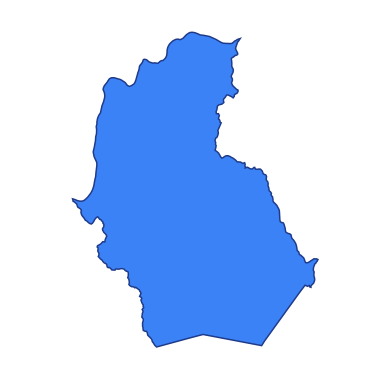 outline of Petrolina, Pernambuco, Brazil, rotated 175°
{"feature_id": "56859067B80055839587511", "entity_name": "Petrolina", "entity_type": "district", "adm_level": 2, "iso_a3": "BRA", "parent_name": "Brazil", "parent_adm1": "Pernambuco", "projection": "natural_earth1", "projection_center": [-40.564, -9.053], "detail": "fine", "context": "isolated", "style": "filled", "palette": "blue", "viewbox_px": 384, "rotation_deg": 175, "n_neighbors": 0, "source": "geoboundaries", "source_scale": "gbopen_adm2", "svg_char_len": 5755}
<svg xmlns="http://www.w3.org/2000/svg" viewBox="0 0 384 384"><g transform="rotate(175 192 192)"><path d="M72.4,113.8L73.8,114.6L74.8,114.5L76.2,114.9L81.4,112.1L82.6,111.6L83.5,111.5L84.5,111.5L85.3,112.4L85.9,114.8L86.5,116.7L88.2,118.5L89.0,119.4L90.4,120.4L91.0,123.2L92.3,124.4L92.4,126.4L92.6,129.0L93.2,131.7L94.8,135.0L95.9,136.3L96.5,137.1L96.9,138.9L97.1,140.7L98.2,141.8L100.0,142.4L101.2,143.2L102.0,144.0L102.3,145.3L102.3,147.3L103.0,151.2L103.6,153.1L104.4,153.6L105.4,153.7L106.7,155.0L106.9,156.7L106.6,165.6L106.9,166.9L107.3,168.2L107.9,169.3L108.5,171.0L109.9,172.9L111.4,174.5L112.1,175.9L112.0,177.8L112.2,180.2L112.9,181.1L113.5,182.3L113.0,183.7L113.6,185.0L115.1,186.7L115.1,189.3L115.8,191.7L115.4,193.6L115.6,195.4L116.4,196.6L117.0,198.0L116.4,200.9L116.9,202.5L119.4,203.8L120.2,206.8L121.8,208.8L123.5,209.1L125.1,208.9L126.8,209.3L127.4,211.1L128.3,211.0L129.6,209.9L130.7,209.7L131.9,210.1L132.9,210.6L133.8,211.4L134.9,211.9L136.9,211.3L136.7,212.4L137.0,213.8L136.6,215.0L137.0,216.6L139.0,216.1L141.0,217.6L143.7,218.0L144.6,218.3L145.5,219.7L147.9,221.9L151.8,224.5L153.0,225.0L155.0,225.1L156.7,224.4L158.1,223.5L159.4,223.2L160.3,224.4L162.1,228.4L163.8,230.3L165.4,231.5L164.6,233.5L163.9,236.2L164.4,237.3L164.1,239.4L164.6,240.9L164.3,242.3L163.5,243.8L162.6,244.1L161.9,245.1L161.2,246.6L160.7,248.2L160.6,249.4L161.0,250.7L158.2,256.0L156.9,258.4L157.9,259.0L158.0,260.6L158.4,261.7L159.2,262.3L159.0,263.7L158.1,265.7L158.8,267.7L160.9,267.9L161.0,270.0L160.3,271.3L159.8,272.7L159.5,274.2L159.1,275.5L157.5,276.5L154.6,276.9L152.5,278.3L152.7,280.6L152.5,281.7L150.5,283.6L149.6,284.9L148.6,285.7L147.3,285.3L145.6,284.3L144.2,283.4L142.8,282.2L141.6,283.5L141.2,285.4L139.6,286.0L138.6,286.4L137.9,287.3L137.2,288.6L137.5,289.8L138.6,290.3L141.5,293.6L142.5,295.1L143.1,297.4L142.1,299.4L141.9,301.1L142.9,303.5L142.3,305.1L140.8,307.5L140.2,309.7L140.4,311.2L141.2,312.9L141.4,314.1L141.2,316.1L141.1,317.2L141.1,319.5L141.3,321.2L140.3,322.4L138.9,322.9L136.9,324.3L135.6,324.4L134.6,325.1L134.4,326.4L135.9,330.1L136.0,331.3L135.7,332.4L134.4,335.3L133.6,337.3L132.8,337.9L130.6,340.7L133.5,340.0L135.0,339.1L136.5,338.6L137.5,337.7L139.1,336.7L140.6,336.5L145.4,337.1L147.9,337.5L149.4,338.2L150.4,338.8L152.4,340.2L154.6,341.8L161.0,345.4L166.9,347.1L168.8,347.5L170.0,347.7L171.1,348.3L172.6,349.2L175.4,350.5L177.9,351.1L179.9,351.1L181.6,350.5L184.1,349.0L187.3,346.1L188.6,345.4L190.8,344.8L192.4,345.5L194.6,345.5L195.5,345.2L197.9,344.2L200.9,341.9L201.9,340.8L202.6,339.8L203.3,338.6L203.7,337.7L204.3,336.0L204.8,332.5L205.1,331.2L205.5,329.8L206.5,328.1L207.6,327.0L208.5,326.2L209.4,325.6L211.0,325.5L212.0,325.1L212.8,324.6L214.3,323.5L215.2,323.2L216.9,323.7L218.1,323.9L219.8,323.8L222.7,325.0L223.8,325.6L224.5,326.5L225.7,327.7L226.8,328.1L228.0,328.4L228.9,328.1L229.4,327.1L229.9,325.8L231.6,323.8L232.7,322.8L233.5,321.4L233.9,319.3L234.4,318.0L234.9,316.8L235.4,315.8L237.6,309.9L238.0,308.8L239.1,306.5L239.8,305.4L240.7,304.5L243.4,303.1L244.8,302.7L246.0,303.1L247.1,303.8L249.0,306.8L249.9,307.6L253.3,310.2L259.6,312.6L262.1,312.8L263.2,312.5L264.4,312.0L265.3,310.9L266.1,310.0L266.8,308.9L270.0,305.6L271.2,303.4L271.6,302.2L271.4,300.9L270.7,299.0L270.5,296.5L270.5,295.1L270.9,293.5L272.2,289.7L274.2,285.6L276.3,278.8L277.8,277.0L278.6,275.7L279.3,274.4L279.9,272.9L280.7,269.7L280.7,268.3L281.7,265.6L281.6,262.3L281.9,259.6L282.2,258.0L283.1,255.4L283.7,251.5L285.5,244.9L286.8,241.1L286.9,239.7L286.4,235.7L285.7,233.6L284.5,230.4L284.3,228.7L284.5,226.7L285.9,220.0L286.6,215.9L287.8,212.3L289.1,207.4L289.8,205.4L290.9,202.9L291.8,201.4L293.1,199.5L293.8,198.7L296.5,195.8L299.0,193.8L300.4,193.0L301.8,192.5L304.2,192.6L306.7,193.3L308.3,194.2L310.0,195.0L311.6,195.6L311.2,193.0L310.0,192.4L308.9,191.1L307.9,190.2L307.5,188.2L307.1,186.9L304.5,184.8L303.8,183.4L304.3,182.1L304.4,180.9L303.9,178.8L303.2,177.4L302.0,175.7L300.6,173.0L299.6,172.6L297.7,170.4L296.4,169.4L295.1,168.9L293.9,169.5L293.2,170.4L292.1,171.7L291.5,172.8L290.2,174.3L288.9,175.2L288.0,175.5L286.3,172.8L285.1,172.4L284.7,171.3L283.4,170.0L283.4,168.5L282.6,167.5L282.9,165.2L284.3,163.3L284.4,162.0L283.4,159.6L281.8,157.7L281.2,156.7L280.8,155.5L281.6,154.0L282.6,152.2L283.2,149.9L285.2,150.3L287.1,148.5L288.6,147.6L290.7,146.8L291.3,145.5L290.4,144.5L290.6,143.0L291.0,141.7L290.7,140.4L290.1,139.2L290.2,137.4L291.0,135.9L288.7,132.9L287.3,131.7L286.9,130.5L286.2,129.8L285.6,129.0L284.1,128.2L283.4,127.4L283.1,126.1L283.0,124.7L282.0,123.9L280.9,124.0L279.5,122.7L278.8,121.4L277.3,121.1L275.5,120.9L274.5,122.0L272.2,121.6L271.1,121.5L270.0,121.8L268.4,121.8L266.4,121.1L265.7,120.0L264.6,119.0L262.8,118.2L262.5,116.9L262.7,114.9L262.9,113.7L263.5,112.2L262.5,110.6L262.3,107.4L262.9,105.3L262.4,104.5L261.4,103.6L260.3,102.9L259.4,102.8L258.3,102.5L257.3,101.5L256.3,101.9L255.5,101.2L254.8,100.5L254.0,99.9L253.1,99.2L252.8,98.0L252.2,97.0L251.6,95.6L252.6,93.8L253.3,92.5L251.9,91.6L251.3,90.3L252.3,88.8L251.3,85.1L250.4,83.8L250.7,82.4L250.2,80.9L251.2,80.1L251.9,79.4L251.2,77.5L251.5,76.4L252.1,75.4L252.3,74.0L252.9,71.7L251.7,70.0L251.7,68.5L252.2,67.1L252.8,65.3L252.7,64.0L253.0,62.9L252.6,61.0L252.7,59.9L252.6,58.3L251.6,57.8L250.8,57.3L249.6,57.2L249.0,56.3L248.5,53.1L245.5,49.6L244.8,48.2L244.6,46.4L243.7,45.1L242.5,42.7L240.8,40.7L207.6,46.7L198.8,48.2L193.4,49.1L190.9,48.4L136.0,32.9L132.6,37.4L131.2,39.0L105.5,68.8L104.7,69.7L101.5,73.4L100.3,74.8L93.1,83.1L87.5,89.3L85.2,88.0L83.3,88.6L83.0,87.2L81.8,86.7L81.8,87.9L80.4,89.3L78.8,90.6L78.2,91.8L77.6,93.1L77.4,94.3L77.4,95.8L77.8,97.2L77.8,99.3L77.3,101.7L78.0,103.5L77.6,105.8L77.1,107.2L75.9,109.6L75.0,110.2L74.3,111.2L73.3,112.2L72.4,113.8Z" fill="#3b82f6" stroke="#1e3a8a" stroke-width="1.5"/></g></svg>